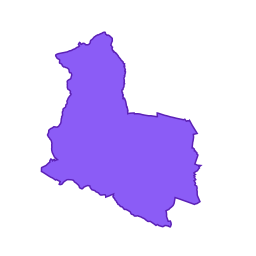 outline of Godinesti, Gorj, Romania, rotated 108°
{"feature_id": "2599482B27270234020858", "entity_name": "Godinesti", "entity_type": "district", "adm_level": 2, "iso_a3": "ROU", "parent_name": "Romania", "parent_adm1": "Gorj", "projection": "mercator", "projection_center": [22.965, 44.989], "detail": "fine", "context": "isolated", "style": "filled", "palette": "violet", "viewbox_px": 256, "rotation_deg": 108, "n_neighbors": 0, "source": "geoboundaries", "source_scale": "gbopen_adm2", "svg_char_len": 5822}
<svg xmlns="http://www.w3.org/2000/svg" viewBox="0 0 256 256"><g transform="rotate(108 128 128)"><path d="M196.3,195.5L198.2,188.3L198.8,185.5L198.7,184.8L199.9,180.9L199.2,180.3L199.9,175.9L202.8,176.1L202.9,175.7L202.7,174.7L201.9,173.5L198.9,172.3L196.3,170.3L195.8,169.5L195.5,168.7L194.7,165.6L194.6,163.8L194.7,163.6L195.8,162.3L196.4,160.3L196.8,159.3L197.1,158.8L197.7,157.3L198.7,156.3L199.3,156.0L199.6,155.6L199.9,155.2L199.9,154.5L200.1,153.8L200.1,153.0L199.7,152.5L197.6,151.5L197.3,151.0L196.7,150.5L195.2,148.6L194.9,146.4L196.3,145.6L197.9,143.3L197.8,140.1L198.5,139.0L198.8,136.1L199.7,134.7L200.2,133.6L199.9,132.3L198.9,130.3L198.6,129.2L198.8,128.8L199.7,128.1L200.6,127.8L197.9,124.4L196.8,123.3L196.0,122.2L195.3,121.4L196.0,121.4L196.1,121.2L196.4,120.9L197.4,121.2L198.1,121.0L198.2,120.6L198.8,120.1L198.7,119.8L199.4,118.9L200.5,117.9L201.3,116.3L202.2,115.7L202.6,114.8L203.4,114.3L203.7,113.8L203.7,113.0L204.1,112.2L204.5,111.8L204.7,111.4L204.6,111.0L205.0,110.4L204.8,109.2L205.1,108.5L206.0,107.3L206.0,107.0L206.5,106.5L206.5,106.1L206.0,104.4L206.3,103.6L206.5,101.9L206.8,101.2L206.8,100.7L207.2,99.8L208.6,98.6L208.9,97.7L208.9,96.0L209.2,95.5L209.6,95.0L209.7,94.5L209.2,93.0L208.4,91.5L208.6,90.8L208.6,88.1L209.0,86.3L209.0,85.5L209.3,84.0L209.9,82.9L210.1,82.0L210.7,80.4L210.6,79.8L209.9,77.9L211.1,73.8L212.0,71.3L210.8,70.3L210.7,70.1L211.3,68.2L211.2,67.3L211.2,64.7L210.6,63.7L209.6,63.1L209.4,62.8L209.0,61.7L208.8,59.7L208.7,59.5L208.9,59.4L209.1,57.4L208.9,57.2L208.0,57.1L206.4,57.1L204.9,57.8L203.4,59.0L204.3,60.9L200.3,64.0L198.5,64.5L196.6,65.3L195.0,66.3L193.2,64.5L193.0,64.1L191.5,63.4L189.7,62.2L187.8,61.2L186.7,61.0L185.2,60.9L179.6,61.7L179.6,57.5L180.1,41.1L179.1,40.2L178.8,39.4L178.6,39.1L175.8,36.8L171.0,41.0L169.7,41.7L167.0,42.6L165.7,43.3L165.6,43.5L163.8,43.7L162.2,44.6L162.0,44.8L161.6,46.6L161.4,46.9L159.9,46.7L159.5,46.9L157.7,48.9L156.2,47.6L154.3,49.9L153.6,49.4L152.7,50.6L151.4,49.5L151.1,50.4L150.4,51.4L148.6,50.2L147.2,48.8L144.9,48.2L143.9,47.7L142.6,48.8L142.0,47.7L141.2,47.2L141.9,50.4L141.5,53.3L132.5,53.1L132.1,53.2L131.6,53.6L131.4,54.6L130.2,54.9L129.7,56.2L129.1,56.7L129.0,57.1L129.2,57.6L129.2,57.8L128.5,57.9L127.5,58.5L127.1,59.8L126.7,60.3L127.0,60.9L121.3,62.1L120.3,62.1L116.4,62.8L113.9,63.9L111.8,60.5L105.7,67.7L101.7,71.9L102.4,72.2L102.6,73.4L102.9,73.9L103.3,74.1L103.5,74.4L103.3,75.0L102.1,76.7L102.8,77.4L103.0,77.8L103.8,85.1L104.0,88.3L104.3,91.0L104.4,95.1L104.6,96.8L104.6,104.3L104.7,104.9L106.4,104.3L107.9,103.7L108.1,103.6L108.3,103.9L109.2,109.5L109.6,111.0L109.8,111.4L110.0,112.2L110.6,116.1L110.9,118.7L111.0,121.0L111.4,123.0L112.5,126.3L111.8,126.8L113.1,130.1L113.9,131.8L114.5,132.6L111.8,133.7L111.6,133.4L111.3,133.6L108.3,135.4L108.5,135.7L108.0,136.0L104.9,137.6L103.2,138.6L100.9,140.5L101.6,141.1L101.6,141.8L100.8,141.5L100.5,141.9L100.1,142.1L100.0,142.5L99.9,142.7L98.9,142.6L98.7,143.1L98.4,143.2L98.2,143.2L98.1,142.8L97.9,142.8L97.7,143.2L96.9,143.8L96.6,144.1L96.1,144.1L95.6,144.9L95.2,144.9L94.8,145.2L93.8,145.5L93.6,145.4L93.3,144.9L93.0,144.9L92.8,144.7L92.2,144.9L91.3,144.9L90.8,144.7L89.8,144.7L87.6,145.3L87.0,144.9L86.6,145.5L86.2,145.5L85.7,145.9L85.2,145.8L83.9,146.2L83.7,146.4L83.2,146.5L82.7,147.0L82.2,147.2L80.8,147.3L80.4,147.1L79.6,147.1L79.3,147.6L78.5,147.4L77.4,147.6L76.4,147.5L75.9,147.8L75.4,147.7L75.0,148.0L75.0,148.5L74.5,148.5L74.2,148.8L73.5,148.5L72.4,149.3L71.5,150.2L70.6,150.1L70.5,150.3L70.6,150.7L70.5,150.9L70.1,150.9L69.4,150.6L68.9,151.1L68.0,151.1L68.0,152.3L66.5,153.3L66.5,153.8L65.8,154.7L65.8,155.3L64.9,156.2L63.0,159.2L62.4,159.6L62.1,160.1L60.8,162.0L60.9,162.5L60.2,163.0L60.1,165.0L59.6,165.0L59.7,165.4L59.4,165.7L59.4,165.9L58.9,166.1L58.9,166.7L57.5,167.7L56.1,167.7L56.1,168.1L55.3,168.6L54.6,169.9L51.8,170.0L50.1,169.8L47.6,170.7L46.9,172.0L46.5,173.2L46.2,173.5L46.2,173.8L45.9,174.2L45.9,174.8L45.7,175.6L45.8,175.9L46.1,175.8L46.3,176.5L46.2,177.0L45.8,177.5L45.7,178.2L44.3,179.1L44.0,179.6L44.7,181.0L45.4,181.7L45.9,181.9L46.9,183.3L48.5,184.8L48.9,185.8L49.6,186.3L50.1,186.9L51.2,187.6L51.8,188.2L54.3,189.2L56.2,190.5L57.2,190.6L58.6,190.3L60.1,190.8L60.9,191.4L61.3,192.0L61.9,193.9L61.2,195.2L61.1,196.0L61.2,196.5L61.8,197.6L62.4,197.8L62.9,198.2L62.8,198.8L61.7,199.9L61.6,200.5L63.0,200.9L63.9,201.0L65.0,199.5L66.0,200.1L67.1,201.5L69.5,203.3L69.9,204.1L72.0,206.1L72.6,207.3L74.4,209.3L78.7,217.0L79.5,218.1L80.6,219.2L81.7,219.1L83.5,217.1L83.8,216.3L84.1,214.4L84.5,214.0L86.9,213.4L87.4,213.1L87.5,211.7L87.9,210.6L89.1,209.6L89.8,208.0L89.5,207.1L89.7,205.9L89.6,204.7L90.2,202.9L90.7,202.3L91.5,201.8L92.6,201.3L93.4,200.6L93.1,199.6L93.2,199.3L94.1,198.3L95.0,197.9L98.8,197.7L99.4,198.1L99.8,198.7L101.5,200.0L102.1,200.2L102.7,200.2L104.2,199.4L105.1,199.3L106.8,198.6L107.9,198.4L109.0,197.7L109.5,197.3L109.8,196.8L109.9,195.9L110.3,195.0L110.8,194.2L111.2,194.0L112.7,193.8L113.2,192.7L113.5,192.6L114.0,192.6L116.1,193.5L118.2,194.1L120.2,194.2L121.0,194.4L121.9,194.2L122.7,193.6L123.4,193.5L124.0,193.5L124.7,194.1L125.2,194.2L127.2,193.8L127.8,194.1L129.5,195.4L130.3,195.6L131.4,195.1L133.1,195.4L136.0,194.2L137.9,194.6L138.8,194.2L139.9,194.3L142.3,193.7L143.7,193.5L144.7,193.6L148.1,194.6L148.4,195.1L149.0,195.5L149.2,195.9L149.7,198.9L151.0,199.8L151.8,200.5L152.2,201.1L153.9,202.3L154.7,202.6L156.9,202.1L159.3,202.4L159.5,202.4L161.1,200.8L161.7,199.7L162.7,198.7L163.1,197.8L163.8,197.0L166.1,195.6L167.4,195.4L170.1,194.4L171.0,194.3L172.8,193.6L174.6,192.5L178.2,189.1L179.9,185.3L180.4,186.1L181.7,187.5L181.1,188.1L180.5,188.2L180.6,188.5L181.1,188.9L182.5,189.6L181.6,190.5L181.3,191.6L181.4,191.9L182.5,192.0L183.5,192.2L184.7,191.8L184.9,191.9L185.5,192.5L189.0,194.4L192.3,197.9L192.8,197.9L196.1,196.9L196.3,195.5Z" fill="#8b5cf6" stroke="#5b21b6" stroke-width="1.5"/></g></svg>